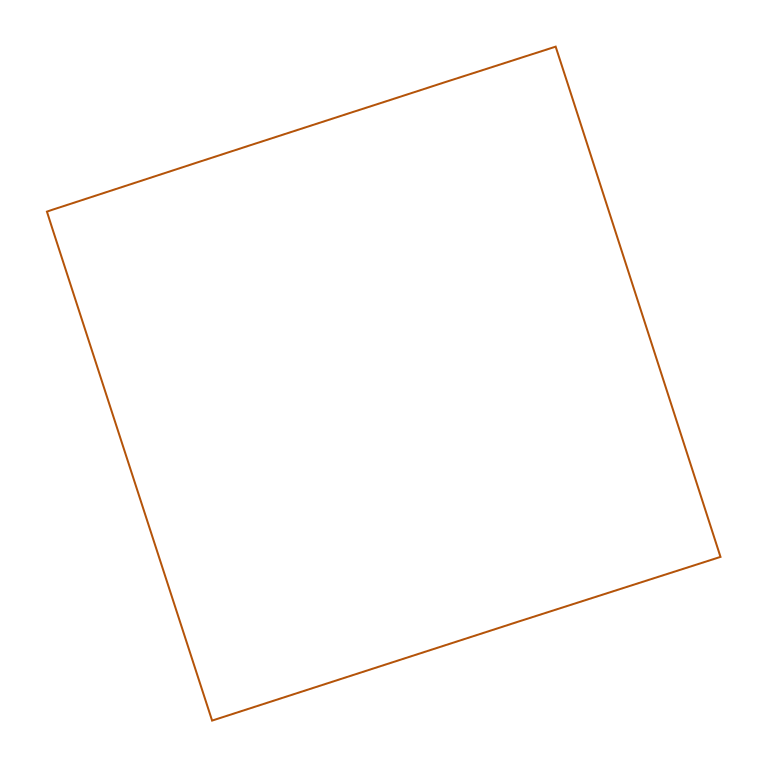 Catriló, La Pampa, Argentina, rotated 342°
{"feature_id": "61730980B1153371895886", "entity_name": "Catriló", "entity_type": "district", "adm_level": 2, "iso_a3": "ARG", "parent_name": "Argentina", "parent_adm1": "La Pampa", "projection": "orthographic", "projection_center": [-63.562, -36.582], "detail": "fine", "context": "isolated", "style": "outline", "palette": "amber", "viewbox_px": 768, "rotation_deg": 342, "n_neighbors": 0, "source": "geoboundaries", "source_scale": "gbopen_adm2", "svg_char_len": 514}
<svg xmlns="http://www.w3.org/2000/svg" viewBox="0 0 768 768"><g transform="rotate(342 384 384)"><path d="M650.6,652.4L650.9,496.6L651.1,381.7L651.1,377.8L651.2,317.9L651.5,157.4L651.5,151.3L651.5,147.2L651.5,128.0L651.5,125.9L651.5,116.2L650.1,116.2L649.5,116.2L533.7,115.8L496.8,115.8L487.2,115.8L435.0,115.7L330.3,115.6L306.7,115.6L274.6,115.6L122.8,115.8L116.7,115.9L116.6,133.0L116.5,651.0L124.2,651.0L437.7,651.5L647.7,652.4L649.4,652.4L650.6,652.4Z" fill="none" stroke="#b45309" stroke-width="2"/></g></svg>